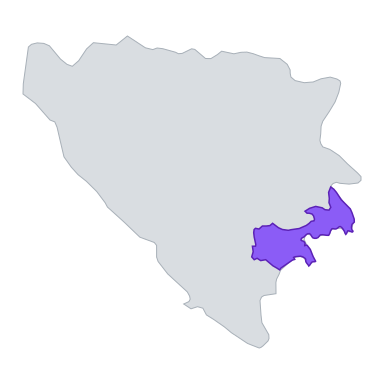 location of Foča within Bosnia and Herzegovina
{"feature_id": "BIH-4807", "entity_name": "Foča", "entity_type": "state/province", "adm_level": 1, "iso_a3": "BIH", "parent_name": "Bosnia and Herzegovina", "parent_adm1": "", "projection": "equal_earth", "projection_center": [18.989, 43.593], "detail": "fine", "context": "in_parent", "style": "filled", "palette": "violet", "viewbox_px": 384, "rotation_deg": 0, "n_neighbors": 0, "source": "natural_earth", "source_scale": "10m", "svg_char_len": 3539}
<svg xmlns="http://www.w3.org/2000/svg" viewBox="0 0 384 384"><path d="M340.0,80.9L340.7,83.4L338.8,92.3L335.1,101.9L329.1,111.8L322.8,121.2L321.1,126.2L320.7,134.1L319.9,140.3L320.8,143.7L322.8,146.9L329.8,149.4L339.3,155.7L347.4,163.8L357.7,173.1L361.0,176.6L361.0,180.3L358.0,183.0L349.1,184.1L339.9,183.3L336.4,182.3L333.1,183.5L331.1,185.6L332.2,188.1L341.6,199.4L352.6,215.6L353.3,222.6L351.9,228.1L349.4,231.9L344.8,231.3L341.3,228.3L336.1,228.5L332.0,229.4L326.7,235.3L324.0,235.0L319.4,235.9L316.6,237.0L312.0,235.3L307.2,234.2L305.1,236.0L304.2,239.5L307.1,245.7L312.7,255.6L311.8,263.1L307.6,263.9L303.7,257.6L300.2,256.6L296.3,256.8L287.2,264.1L280.6,270.2L279.0,274.4L276.6,279.1L275.9,282.5L276.0,293.7L264.0,295.5L261.5,297.1L260.0,300.6L261.0,315.0L261.9,322.7L268.8,334.7L269.0,338.5L268.0,341.0L263.1,345.8L260.8,347.5L259.2,348.0L251.2,344.9L247.5,343.4L231.5,332.8L224.4,326.9L213.3,319.2L206.4,314.9L202.9,308.2L197.5,306.7L191.0,308.8L183.7,304.0L188.9,301.6L190.2,299.2L189.6,296.1L187.3,291.9L167.7,273.9L158.1,261.5L156.6,257.1L156.6,245.4L154.3,242.5L139.9,237.2L123.9,221.9L107.4,207.0L105.2,202.8L96.7,191.5L86.4,181.3L78.1,174.7L71.4,167.3L64.0,156.9L60.3,141.2L57.1,127.3L54.8,121.9L50.0,120.0L35.5,103.5L23.0,94.0L23.3,83.7L25.7,66.5L28.4,47.0L31.5,44.3L37.2,42.9L43.8,43.4L49.4,45.8L60.5,59.1L66.9,64.3L72.3,66.3L78.7,60.7L86.6,48.9L93.4,42.7L116.2,45.0L127.4,36.0L145.4,47.8L152.8,49.6L157.1,48.0L162.8,48.7L175.4,52.2L178.4,53.7L182.2,53.4L191.6,48.8L194.8,49.4L205.5,58.5L210.9,58.6L217.4,54.6L221.6,51.2L233.9,53.8L241.0,52.3L246.9,52.1L253.2,53.7L259.0,55.8L264.6,57.6L279.9,58.5L287.2,64.3L290.1,69.9L290.2,73.3L290.9,77.0L295.1,80.6L304.3,82.7L310.1,82.2L313.1,82.0L321.0,78.8L330.2,77.1L336.9,79.0L340.0,80.9Z" fill="#d9dde1" stroke="#a8b0b8" stroke-width="1"/><path d="M314.3,238.3L312.8,237.8L311.7,236.4L310.7,234.7L309.5,233.6L307.5,233.8L306.2,234.7L304.1,236.9L302.4,237.7L301.6,238.3L301.1,239.2L301.1,240.2L302.0,240.8L303.3,241.1L304.0,241.5L305.1,243.3L305.1,244.0L304.7,245.0L304.7,245.6L306.7,245.1L307.3,245.5L310.3,249.4L313.0,256.3L315.6,261.2L315.0,261.7L312.7,261.8L311.7,262.3L311.5,262.6L311.0,263.2L310.4,264.2L309.7,265.2L308.8,266.0L308.5,265.4L306.7,263.1L305.9,261.8L305.7,260.8L305.7,260.0L305.7,259.2L305.1,258.4L302.7,256.8L300.5,256.2L295.2,256.7L293.6,257.4L293.9,257.9L294.4,258.9L294.7,259.4L292.4,260.1L281.0,268.0L279.7,269.9L276.9,268.1L272.9,265.8L265.7,259.7L260.7,260.6L257.1,258.3L254.2,259.7L251.7,256.9L253.2,251.7L252.4,246.2L255.5,246.2L255.8,244.6L255.0,240.8L254.2,237.0L253.7,232.6L254.1,229.6L254.8,228.9L255.5,228.3L259.0,229.0L262.4,226.0L266.4,226.0L269.9,225.6L272.6,223.3L278.4,227.7L282.4,229.5L288.3,230.3L291.1,229.7L295.8,229.0L299.3,228.5L302.2,227.2L306.2,225.5L309.1,223.4L311.2,221.3L314.0,220.8L314.5,219.1L313.5,215.8L312.0,214.0L309.1,213.2L307.0,213.2L305.0,211.2L309.6,208.3L315.7,206.4L322.2,207.8L325.0,209.7L329.0,210.1L330.8,207.3L329.0,202.7L329.3,198.5L328.6,192.4L329.3,190.6L330.7,187.0L333.8,189.2L336.5,192.5L341.2,199.7L350.3,208.9L352.0,212.7L354.2,219.1L354.3,222.1L352.1,224.2L351.7,225.6L351.5,227.3L351.7,228.9L352.1,230.1L352.7,230.7L353.0,231.2L352.8,231.7L352.1,232.1L348.7,230.8L347.7,230.9L346.6,233.4L345.8,234.4L345.1,233.4L344.4,231.4L343.1,229.2L341.6,227.4L340.1,226.5L339.2,226.8L337.1,228.4L336.1,228.9L335.1,229.0L332.8,228.6L331.8,228.9L330.6,230.8L329.8,233.4L328.7,235.3L326.8,235.3L322.5,234.7L320.3,234.9L318.0,237.6L316.2,238.3L314.3,238.3Z" fill="#8b5cf6" stroke="#5b21b6" stroke-width="1.5"/></svg>